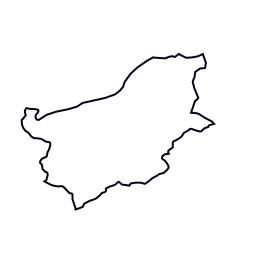 Bulgaria, Robinson projection, rotated 337°
{"feature_id": "BGR", "entity_name": "Bulgaria", "entity_type": "country or territory", "adm_level": 0, "iso_a3": "BGR", "parent_name": "Europe", "parent_adm1": "", "projection": "robinson", "projection_center": [24.961, 42.741], "detail": "fine", "context": "isolated", "style": "outline", "palette": "ink", "viewbox_px": 256, "rotation_deg": 337, "n_neighbors": 0, "source": "natural_earth", "source_scale": "50m", "svg_char_len": 2173}
<svg xmlns="http://www.w3.org/2000/svg" viewBox="0 0 256 256"><g transform="rotate(337 128 128)"><path d="M208.9,157.9L204.6,157.2L203.1,157.4L202.2,158.4L200.2,158.2L197.8,158.2L195.2,159.3L193.8,159.7L191.9,158.7L188.3,155.7L186.2,153.6L184.6,153.1L183.0,153.7L177.2,154.4L175.9,155.6L173.3,157.0L170.6,157.6L166.8,158.1L164.8,158.0L163.7,158.7L162.7,160.7L162.1,162.6L161.5,163.4L156.8,164.4L155.7,165.5L155.4,166.6L155.5,167.7L151.7,166.6L148.8,167.3L148.1,168.1L147.5,169.3L147.9,170.6L148.9,171.8L150.0,175.2L150.4,178.6L149.8,180.5L147.6,181.8L143.1,183.3L138.7,182.6L136.7,183.2L133.5,183.4L130.5,183.8L125.9,185.2L121.8,186.0L118.1,183.2L113.6,181.3L109.0,180.1L107.4,181.0L106.7,181.6L102.8,179.1L101.1,178.3L100.2,177.3L98.6,174.0L97.6,173.9L94.4,175.1L91.4,175.1L89.5,174.8L84.0,175.0L83.3,177.2L82.6,177.6L81.4,177.9L78.4,177.7L74.7,179.4L70.7,180.4L67.5,180.4L64.3,180.0L62.3,180.3L58.2,180.5L55.5,182.9L51.4,182.8L47.9,182.4L48.3,181.6L49.1,171.9L50.9,167.6L50.8,166.7L50.4,166.1L48.9,165.4L47.9,163.1L45.6,156.9L44.4,155.7L40.8,154.4L37.7,152.6L35.0,150.3L30.2,144.5L32.7,143.9L33.5,142.8L35.9,139.6L36.2,138.0L36.0,137.2L34.4,135.6L33.3,132.3L34.2,129.2L34.3,127.6L33.4,126.0L34.3,124.1L36.1,123.0L37.2,122.7L41.9,122.5L44.8,118.5L46.6,117.3L48.5,115.0L49.3,114.2L50.2,112.5L50.5,110.7L46.8,108.2L45.6,106.3L44.0,104.2L41.8,102.8L37.3,100.4L35.6,97.9L34.9,94.6L33.7,92.2L32.5,90.6L32.2,89.3L31.7,87.7L31.6,84.6L32.7,80.4L33.4,79.0L34.9,78.5L38.9,76.3L39.2,73.5L39.9,71.7L41.2,70.7L42.4,70.0L44.5,71.7L49.8,74.3L52.4,76.2L52.2,77.4L51.0,78.6L48.7,79.7L47.3,81.3L47.0,83.2L47.3,84.5L48.9,85.7L58.4,84.1L68.1,84.9L81.1,87.5L89.7,88.4L96.0,87.2L107.8,89.4L118.8,91.4L129.3,92.0L135.2,90.4L139.4,88.3L142.9,84.3L151.7,79.0L160.2,76.0L171.4,73.6L178.8,72.8L179.9,73.6L189.4,78.4L193.7,78.5L197.1,79.3L198.3,80.6L199.2,80.9L203.7,79.7L205.8,82.4L209.0,86.1L214.4,88.0L219.2,89.1L220.7,89.3L225.8,89.2L225.2,98.5L222.2,102.9L217.7,101.4L211.9,102.6L208.8,107.6L207.1,109.0L205.6,110.8L204.6,117.2L204.5,127.7L202.3,128.9L200.3,129.3L192.0,138.6L196.9,141.2L199.0,143.1L202.7,148.6L207.8,154.8L208.9,157.9Z" fill="none" stroke="#020617" stroke-width="2"/></g></svg>